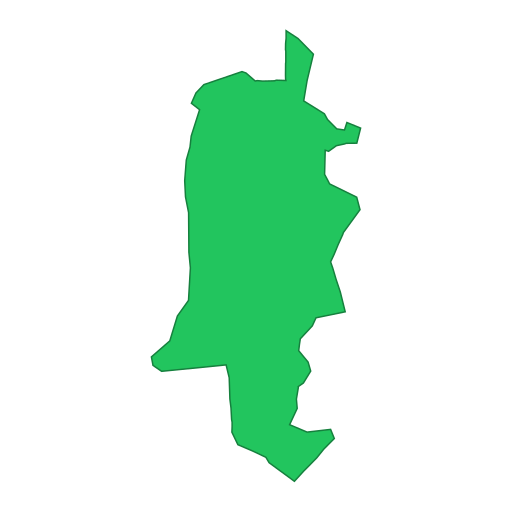 Ahoada East, Rivers, Nigeria
{"feature_id": "59680162B72068294191364", "entity_name": "Ahoada East", "entity_type": "district", "adm_level": 2, "iso_a3": "NGA", "parent_name": "Nigeria", "parent_adm1": "Rivers", "projection": "robinson", "projection_center": [6.655, 5.061], "detail": "fine", "context": "isolated", "style": "filled", "palette": "green", "viewbox_px": 512, "rotation_deg": 0, "n_neighbors": 0, "source": "geoboundaries", "source_scale": "gbopen_adm2", "svg_char_len": 1333}
<svg xmlns="http://www.w3.org/2000/svg" viewBox="0 0 512 512"><path d="M294.4,481.3L303.7,471.1L305.6,469.2L312.4,462.3L316.8,457.8L323.8,449.1L334.3,438.5L330.6,429.4L307.1,432.1L300.0,429.1L289.6,424.7L297.2,408.4L296.4,399.1L298.3,387.7L298.2,386.6L303.4,383.0L310.7,371.1L308.1,362.1L298.7,350.7L299.5,344.1L300.3,338.8L312.3,325.9L316.0,317.8L345.2,311.8L340.3,292.0L336.0,279.1L332.7,267.9L330.6,261.9L334.1,254.4L338.2,244.5L342.7,234.6L343.4,232.5L360.0,209.7L356.7,197.2L329.6,183.9L327.4,179.6L324.6,174.4L325.2,150.2L328.6,151.3L336.4,145.7L344.7,143.9L346.2,143.3L356.8,143.2L360.6,128.1L346.9,122.5L344.5,130.0L336.8,128.9L327.5,119.5L324.4,113.8L303.7,100.9L307.1,80.5L313.4,54.2L298.0,38.5L286.1,30.7L286.1,38.3L285.6,43.6L285.5,49.8L285.8,51.1L285.8,62.2L285.6,63.5L285.5,75.4L285.6,79.0L285.9,80.5L276.3,80.2L274.5,80.8L272.0,80.9L262.5,81.1L257.3,80.6L255.2,81.0L246.0,73.0L242.0,71.6L203.9,84.6L196.0,92.9L191.4,103.3L199.6,109.7L191.2,136.1L190.0,147.1L186.3,160.0L184.7,180.7L185.5,196.9L188.6,212.7L188.9,252.3L190.4,267.9L188.5,300.4L177.4,316.0L169.8,340.9L151.4,356.9L153.0,365.4L161.6,371.3L226.1,364.9L229.2,377.7L229.9,399.0L231.0,408.0L231.6,419.4L232.1,422.2L232.1,426.6L231.9,432.2L237.9,444.7L252.4,450.9L265.9,457.3L269.1,462.7L294.4,481.3Z" fill="#22c55e" stroke="#15803d" stroke-width="1.5"/></svg>